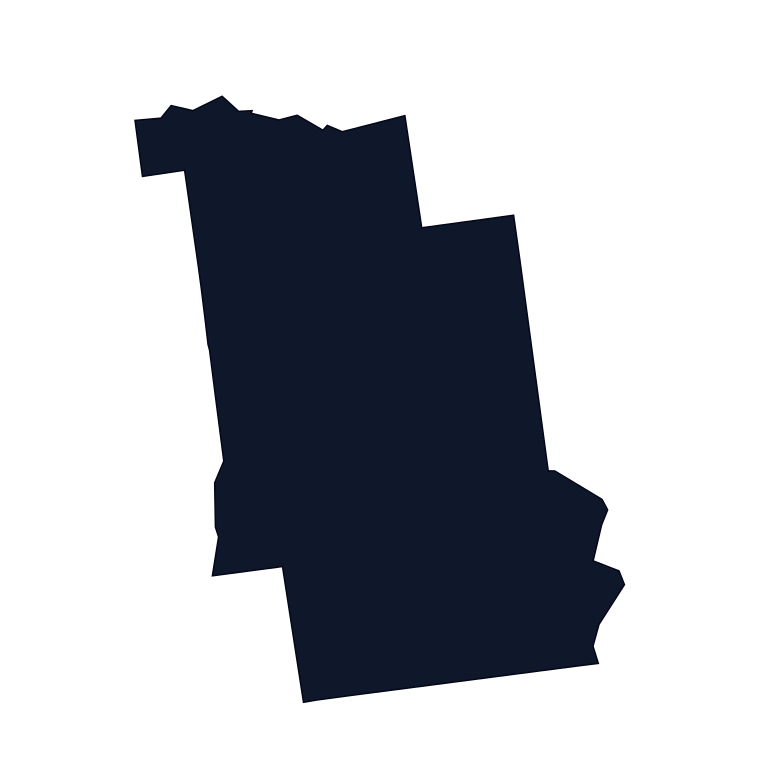 outline of Lonoke, Arkansas, United States of America, rotated 351°
{"feature_id": "52423323B67948009560092", "entity_name": "Lonoke", "entity_type": "district", "adm_level": 2, "iso_a3": "USA", "parent_name": "United States of America", "parent_adm1": "Arkansas", "projection": "natural_earth1", "projection_center": [-91.925, 34.779], "detail": "fine", "context": "isolated", "style": "filled", "palette": "ink", "viewbox_px": 768, "rotation_deg": 351, "n_neighbors": 0, "source": "geoboundaries", "source_scale": "gbopen_adm2", "svg_char_len": 751}
<svg xmlns="http://www.w3.org/2000/svg" viewBox="0 0 768 768"><g transform="rotate(351 384 384)"><path d="M177.9,141.2L220.5,141.6L219.0,239.0L218.5,260.3L217.4,292.8L216.4,317.3L216.4,317.5L217.0,323.4L215.5,372.2L213.7,435.1L201.3,455.1L195.1,499.0L196.7,509.1L184.5,546.6L255.2,548.4L254.7,685.8L267.9,685.6L301.4,686.4L529.0,692.7L552.0,693.5L549.4,675.6L558.8,655.0L590.1,619.8L586.9,605.4L562.9,591.4L576.9,557.2L585.2,543.3L581.3,532.1L539.1,496.6L532.6,495.5L537.6,283.4L538.4,237.6L445.7,235.6L446.6,122.2L382.3,128.3L368.4,119.7L363.4,123.8L340.3,105.0L321.6,106.8L295.1,95.8L296.5,93.4L283.1,92.0L269.1,74.5L238.0,84.1L217.3,75.7L205.3,86.5L179.3,84.7L178.3,125.4L177.9,141.2Z" fill="#0f172a" stroke="#020617" stroke-width="1.5"/></g></svg>